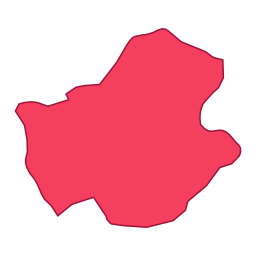 an SVG outline of Punakha
{"feature_id": "BTN-2440", "entity_name": "Punakha", "entity_type": "District", "adm_level": 1, "iso_a3": "BTN", "parent_name": "Bhutan", "parent_adm1": "", "projection": "mercator", "projection_center": [89.835, 27.687], "detail": "fine", "context": "isolated", "style": "filled", "palette": "rose", "viewbox_px": 256, "rotation_deg": 0, "n_neighbors": 0, "source": "natural_earth", "source_scale": "10m", "svg_char_len": 1095}
<svg xmlns="http://www.w3.org/2000/svg" viewBox="0 0 256 256"><path d="M222.8,59.9L223.4,77.7L218.4,87.8L213.1,92.5L205.0,101.4L202.9,104.2L201.6,107.5L200.3,112.0L199.9,118.5L200.6,124.5L204.7,128.9L208.4,130.9L212.0,131.3L218.9,130.2L222.5,130.4L226.4,132.1L230.2,135.5L234.5,140.8L238.7,145.0L240.4,147.9L240.6,152.2L239.3,155.9L231.7,163.7L219.8,167.6L206.4,185.7L188.0,201.2L187.9,201.3L185.4,210.3L173.0,220.7L147.0,227.2L146.3,227.2L124.5,225.7L123.9,225.7L111.3,223.9L109.7,222.7L106.9,219.2L106.0,216.1L97.3,203.0L93.6,197.3L72.0,204.3L57.8,215.8L51.4,205.9L44.3,199.0L41.4,193.7L37.3,184.0L34.1,178.6L29.8,173.2L27.0,167.8L25.6,163.0L25.7,159.1L27.4,151.8L27.1,140.1L24.6,125.6L23.4,123.4L15.4,111.0L18.9,104.2L21.0,103.4L24.5,102.5L30.5,101.9L34.0,102.0L38.1,102.8L47.9,106.3L68.7,99.7L66.0,94.0L76.1,87.2L84.6,85.6L99.6,84.5L116.9,62.1L126.9,44.8L130.1,40.3L133.1,37.3L135.8,36.3L142.7,34.9L145.4,34.7L148.9,33.9L152.6,32.7L159.0,29.7L162.6,28.8L165.6,29.2L168.5,31.1L181.2,41.8L205.7,51.8L211.8,56.4L214.0,57.7L222.8,59.9Z" fill="#f43f5e" stroke="#9f1239" stroke-width="1.5"/></svg>